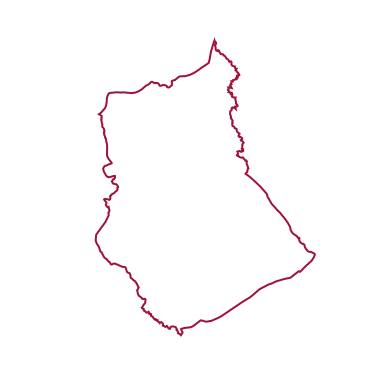 the district of Bar Kaev, Rôtânôkiri, Cambodia, rotated 323°
{"feature_id": "14789045B1081275636897", "entity_name": "Bar Kaev", "entity_type": "district", "adm_level": 2, "iso_a3": "KHM", "parent_name": "Cambodia", "parent_adm1": "Rôtânôkiri", "projection": "natural_earth1", "projection_center": [107.211, 13.715], "detail": "fine", "context": "isolated", "style": "outline", "palette": "rose", "viewbox_px": 384, "rotation_deg": 323, "n_neighbors": 0, "source": "geoboundaries", "source_scale": "gbopen_adm2", "svg_char_len": 5955}
<svg xmlns="http://www.w3.org/2000/svg" viewBox="0 0 384 384"><g transform="rotate(323 192 192)"><path d="M164.5,73.9L165.3,75.8L165.6,76.9L164.6,78.4L164.0,78.4L163.4,79.1L163.3,79.7L162.8,79.9L162.5,81.1L161.7,82.0L161.1,84.1L159.7,85.8L159.5,86.5L159.8,87.4L159.5,89.1L159.2,89.9L158.8,90.1L158.3,90.8L158.3,91.3L157.1,91.8L156.8,92.3L156.9,92.9L156.3,93.6L155.9,95.5L155.5,96.0L155.2,96.6L155.4,97.6L153.7,100.6L152.8,102.8L151.7,104.5L146.4,111.3L145.7,112.9L145.3,115.4L145.4,120.4L145.0,120.8L142.5,119.9L140.0,119.5L138.2,118.8L137.2,118.8L135.1,119.9L134.4,121.4L133.9,122.9L133.4,126.3L133.3,127.5L133.6,129.0L134.5,130.1L135.7,130.8L139.5,132.2L140.1,132.8L139.4,134.1L137.4,134.8L136.3,134.4L135.6,135.0L134.4,135.2L134.0,137.6L136.3,140.6L136.2,143.1L135.9,143.7L134.8,143.8L134.3,144.8L133.8,145.2L132.4,145.8L131.1,145.6L129.6,146.0L126.1,145.5L125.6,146.1L124.2,145.9L123.0,147.9L122.2,148.5L121.3,148.6L119.7,146.4L117.8,144.9L117.3,145.1L117.2,146.1L117.3,148.9L117.0,149.4L115.7,150.1L115.4,150.5L115.3,151.2L115.4,153.3L116.5,153.7L115.5,155.5L115.1,156.9L114.3,157.7L112.5,158.4L112.2,159.3L111.4,160.5L104.9,163.8L90.2,168.3L89.4,168.8L85.8,172.9L85.0,175.4L84.8,177.2L84.8,178.8L84.0,181.7L83.0,184.6L83.4,185.6L83.5,186.8L83.0,187.8L83.0,189.3L82.7,190.0L82.6,191.9L83.0,193.2L83.4,193.9L83.6,197.6L84.1,198.7L83.6,200.6L83.8,201.1L84.5,201.7L85.7,201.8L86.7,202.3L87.9,203.6L91.3,209.8L92.2,210.5L93.3,211.6L93.3,213.1L92.4,215.4L92.0,217.2L93.3,219.3L92.8,221.3L91.6,223.2L91.5,224.3L92.0,225.3L92.0,225.9L92.4,228.2L92.9,229.1L92.7,232.2L92.0,235.2L92.1,236.0L91.2,236.4L90.6,237.0L89.7,237.1L88.9,237.6L88.3,239.3L87.5,240.8L87.1,243.0L87.4,243.5L88.1,246.4L87.9,247.3L88.6,248.0L90.1,249.0L90.2,249.7L89.7,250.6L88.7,251.4L88.1,252.2L87.1,252.7L85.9,252.8L84.3,253.5L83.2,254.0L82.3,254.1L82.2,254.8L83.1,256.5L82.4,257.2L82.2,257.8L82.9,259.2L82.8,260.5L83.1,261.0L84.6,261.6L85.2,261.5L85.2,262.0L84.4,263.4L84.7,263.9L85.5,264.1L85.8,264.9L84.8,266.0L84.7,266.8L85.5,267.6L85.6,268.2L85.3,269.6L85.5,270.3L85.3,271.1L85.7,271.8L86.3,271.5L87.2,273.3L86.5,273.2L86.7,274.6L87.3,275.7L87.3,277.3L87.9,277.0L89.1,277.3L89.5,278.8L89.5,279.8L89.0,280.5L88.5,280.8L88.3,281.3L89.0,282.1L89.5,283.7L91.3,283.8L91.5,284.4L91.1,285.6L91.3,287.1L92.0,288.0L93.5,287.0L94.9,287.2L96.2,288.2L97.6,290.0L97.4,292.4L96.6,292.8L96.8,294.4L96.7,295.6L95.8,296.3L96.8,298.2L96.9,299.7L99.9,298.6L100.4,295.7L101.0,294.8L104.5,296.2L108.4,298.6L110.9,299.6L114.3,299.8L121.6,299.7L123.3,301.4L124.7,303.6L126.9,305.1L128.5,305.7L129.4,306.4L136.3,308.1L140.0,308.8L167.0,310.2L174.7,311.0L179.2,310.9L187.3,310.3L190.7,310.8L197.7,312.0L199.7,312.8L205.6,314.1L213.1,316.9L219.0,319.7L229.6,319.5L230.3,320.8L238.2,319.6L245.9,319.0L250.1,317.4L252.4,316.0L252.7,315.0L251.1,311.7L249.6,310.2L248.7,308.6L249.0,307.2L248.7,306.3L248.9,305.2L248.9,304.3L249.5,302.7L250.0,301.9L249.7,300.3L249.0,299.9L248.6,299.0L248.2,296.6L248.5,295.4L248.9,294.4L250.0,293.6L249.9,292.9L249.2,292.6L249.0,292.1L249.2,290.2L248.2,287.8L247.5,285.0L247.8,282.2L248.5,280.5L249.3,279.0L250.0,274.0L250.1,268.1L249.8,263.7L249.9,261.8L249.2,257.6L249.1,255.5L248.5,249.4L249.3,243.3L249.3,241.8L250.6,238.5L249.8,228.6L248.0,218.0L246.9,213.3L245.7,209.7L247.2,209.3L248.1,209.3L250.3,207.2L251.3,207.1L251.4,206.2L251.8,205.6L251.8,205.0L252.3,204.1L252.5,202.4L253.6,201.2L254.2,200.7L254.3,199.8L253.7,199.9L253.5,199.1L253.6,197.3L253.3,196.3L253.5,195.6L253.4,194.9L252.6,194.7L251.7,193.8L250.9,192.4L250.8,191.2L250.5,190.7L250.0,190.5L250.0,189.6L251.6,189.4L252.5,187.8L252.5,187.1L253.2,187.2L254.5,187.7L255.3,189.4L256.6,188.9L256.5,189.8L257.1,190.1L257.7,190.0L257.9,189.2L258.6,188.5L258.0,187.3L258.7,187.0L260.3,184.8L260.8,184.8L261.1,184.2L261.6,183.9L262.9,183.7L262.9,181.2L262.2,180.6L262.3,179.8L264.0,179.8L264.5,179.0L263.7,176.8L263.0,176.7L262.7,175.8L263.0,175.0L265.0,174.2L265.0,173.6L264.5,172.3L264.3,171.2L264.7,169.8L265.6,168.4L264.5,166.7L264.8,165.9L264.9,165.1L264.1,163.6L265.3,161.4L266.0,161.4L266.6,159.9L267.3,159.7L267.5,158.9L267.4,156.5L267.7,156.0L268.2,156.0L269.0,154.0L269.0,153.1L270.7,150.9L271.3,150.6L273.3,150.3L273.8,149.1L275.2,148.7L276.7,150.9L276.9,152.0L277.4,151.0L277.2,150.5L277.4,149.8L277.9,149.7L278.3,150.2L278.8,150.4L279.3,150.2L279.9,150.8L280.6,150.2L280.4,147.7L281.3,146.6L282.5,143.8L283.7,142.8L282.1,141.5L281.3,139.8L282.8,138.6L283.2,137.7L282.5,137.8L281.8,137.3L282.9,136.1L282.6,135.6L281.9,135.2L281.3,134.4L282.1,134.3L282.3,132.9L282.1,132.0L283.7,131.6L283.9,130.3L284.8,130.8L286.3,132.8L286.7,130.9L286.6,129.7L287.5,129.4L288.4,129.6L288.4,128.7L289.9,128.2L290.2,127.3L291.2,128.3L291.9,127.9L292.2,127.4L293.1,127.9L294.5,128.1L295.1,128.7L295.8,128.7L296.3,128.3L296.0,127.6L296.7,127.6L297.4,126.7L297.8,127.6L298.6,126.4L299.3,127.1L300.2,127.1L300.5,125.6L300.4,124.9L300.6,124.4L300.2,123.7L300.4,122.1L300.0,121.0L301.7,120.4L301.0,119.9L300.9,119.3L301.8,117.6L300.1,115.4L300.2,114.0L300.6,113.3L301.6,112.4L301.8,111.6L301.6,111.0L301.2,110.6L300.3,110.7L300.2,110.1L300.6,108.2L299.8,106.0L300.1,105.1L300.0,102.7L299.4,102.0L299.6,101.2L299.5,100.5L298.0,99.3L298.2,97.0L298.6,95.8L298.5,95.0L298.2,94.4L297.3,94.9L296.5,93.6L296.7,92.5L297.6,91.0L298.2,90.3L298.5,89.0L299.2,88.1L300.4,88.2L300.9,87.5L301.1,86.1L300.8,85.5L301.2,84.5L298.6,86.2L291.8,91.2L285.4,97.1L282.9,99.0L274.3,98.5L270.9,98.5L265.4,98.1L260.9,97.2L256.3,95.4L252.0,92.4L250.9,92.1L245.8,92.3L244.5,91.7L242.6,91.3L242.0,92.0L241.1,93.7L240.0,94.6L237.0,94.8L235.8,94.2L235.3,93.3L235.6,91.9L234.9,90.7L233.2,89.0L232.1,88.8L230.3,88.0L230.4,84.8L229.6,83.8L227.5,82.3L226.6,80.2L225.9,79.6L224.9,79.5L223.7,79.9L222.2,79.9L220.9,79.8L219.2,79.4L213.5,79.8L209.3,79.3L206.4,78.4L203.3,76.7L197.5,71.4L195.0,69.7L192.2,67.3L187.3,64.2L185.1,63.2L182.5,64.3L180.4,65.9L178.0,68.8L175.7,71.0L173.0,72.7L167.2,73.9L164.5,73.9Z" fill="none" stroke="#9f1239" stroke-width="2"/></g></svg>